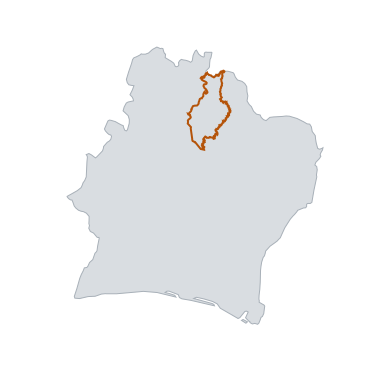 location of Poro, Savanes, Ivory Coast, rotated 19°
{"feature_id": "98640826B2900878653745", "entity_name": "Poro", "entity_type": "district", "adm_level": 2, "iso_a3": "CIV", "parent_name": "Ivory Coast", "parent_adm1": "Savanes", "projection": "robinson", "projection_center": [-5.804, 9.476], "detail": "fine", "context": "in_parent", "style": "outline", "palette": "amber", "viewbox_px": 384, "rotation_deg": 19, "n_neighbors": 0, "source": "geoboundaries", "source_scale": "gbopen_adm2", "svg_char_len": 9061}
<svg xmlns="http://www.w3.org/2000/svg" viewBox="0 0 384 384"><g transform="rotate(19 192 192)"><path d="M99.0,77.9L100.1,77.9L103.0,76.9L105.7,74.7L108.2,70.1L111.6,66.4L115.4,66.7L116.5,66.0L117.8,65.9L119.4,68.3L121.0,70.1L122.1,70.2L122.9,73.7L129.9,75.2L132.8,76.1L135.3,78.7L136.2,78.7L137.2,78.2L138.0,77.3L138.2,76.3L137.1,74.0L137.6,71.9L138.7,70.1L140.5,70.0L143.2,69.5L146.3,69.4L148.5,69.8L149.5,67.9L148.6,62.7L148.8,59.8L149.2,57.4L150.0,56.4L153.5,59.5L156.6,60.6L158.8,60.7L159.5,60.1L158.5,56.8L158.8,55.8L159.6,55.2L161.1,54.9L165.1,53.5L165.5,53.8L166.2,59.0L165.9,60.7L166.7,64.3L167.7,67.6L167.7,68.9L166.8,71.0L165.8,72.8L165.9,73.6L167.5,74.9L170.6,76.2L173.7,76.5L175.5,74.6L177.3,73.0L178.6,71.6L179.0,69.5L181.0,68.0L186.7,66.1L192.0,65.8L193.2,66.5L195.6,69.3L198.6,71.3L203.2,71.1L206.5,72.2L209.4,74.5L211.4,79.4L213.5,82.9L214.4,88.0L217.7,90.7L220.3,91.9L223.9,95.6L227.6,97.4L231.4,97.0L233.1,98.9L236.0,100.3L238.8,100.4L241.3,96.1L244.6,94.5L252.9,91.1L256.2,89.5L259.5,88.6L267.5,88.3L274.9,89.3L278.6,90.1L281.2,89.5L283.6,91.5L286.0,95.7L288.1,97.1L290.2,98.6L291.7,101.9L293.5,105.2L294.5,106.7L296.7,109.9L298.7,110.0L300.5,108.6L301.4,107.5L301.7,109.7L301.0,113.2L301.1,115.3L302.2,116.2L301.6,118.9L299.4,123.7L299.4,126.5L301.6,127.3L303.2,130.3L304.1,135.4L305.1,137.1L305.2,138.2L306.7,150.5L308.7,162.8L307.5,164.4L305.8,164.9L304.7,165.5L304.4,166.6L305.1,168.3L304.6,169.9L302.5,170.9L297.9,174.9L297.6,176.4L296.3,179.8L295.3,181.8L293.8,185.6L291.4,195.6L290.6,203.9L290.4,206.5L289.5,208.3L288.4,210.8L283.4,217.9L280.9,223.8L281.2,226.3L281.3,228.8L280.6,230.6L280.7,235.6L281.4,239.7L282.3,243.7L285.9,255.1L287.8,262.0L289.0,267.6L290.1,271.4L291.0,272.9L291.4,274.4L296.8,275.4L297.9,276.2L299.4,283.5L299.1,286.8L298.1,288.0L298.1,290.8L297.9,294.3L297.1,295.7L294.1,295.8L292.0,297.1L289.3,296.6L289.0,295.8L287.6,295.5L283.6,293.5L284.2,287.2L282.3,286.9L280.9,287.7L278.1,295.3L276.7,296.6L256.6,292.7L252.3,289.6L247.1,288.8L238.0,289.2L230.5,290.1L228.3,292.1L247.3,290.9L249.3,291.2L250.3,292.3L226.3,294.8L217.2,296.3L214.5,295.9L212.4,293.5L202.5,293.2L200.5,294.0L199.3,295.8L203.2,295.4L209.3,295.3L211.0,296.6L191.7,298.4L178.3,301.8L172.6,304.4L154.0,312.7L142.6,316.6L139.6,318.0L134.4,322.1L127.8,324.7L120.3,329.4L115.8,330.5L114.7,329.0L114.6,320.9L114.0,310.1L114.2,305.9L114.8,302.0L114.9,298.8L117.1,297.6L117.7,296.2L118.1,292.0L120.2,288.2L120.2,281.5L120.9,280.1L121.3,278.4L120.4,274.0L119.3,265.7L118.7,265.2L118.2,265.6L117.0,265.7L112.3,262.9L108.7,262.4L106.2,259.9L106.0,257.1L104.8,255.5L103.9,252.3L102.7,248.6L99.1,246.4L95.7,245.9L93.4,246.3L90.6,246.2L87.4,245.0L85.2,243.6L83.1,240.9L81.2,238.7L79.6,239.0L77.7,238.5L75.9,237.5L75.3,236.8L83.0,228.2L85.7,224.0L86.0,221.4L86.0,218.8L86.8,216.2L87.1,212.2L82.8,197.5L81.7,192.9L80.6,191.6L79.8,191.1L82.0,189.2L85.0,189.7L89.6,191.2L90.6,189.7L94.0,182.3L94.0,179.6L93.6,177.7L95.7,172.6L97.3,170.6L98.1,168.5L97.8,165.6L96.6,164.5L95.0,164.7L93.1,164.0L90.2,162.4L88.7,160.9L89.2,154.2L89.4,152.1L90.5,150.9L92.1,150.6L96.6,150.4L100.3,151.1L103.5,151.6L105.3,151.6L106.6,153.6L108.5,155.6L110.1,155.6L110.7,154.1L110.3,147.5L109.2,144.0L106.8,140.6L100.4,137.7L100.2,133.7L100.9,129.3L102.3,127.7L107.0,124.9L106.2,123.4L104.7,121.8L101.7,120.2L102.4,115.0L102.5,110.4L100.0,110.9L97.4,111.2L95.2,109.7L93.3,106.9L93.0,99.1L93.0,90.1L92.7,86.1L93.4,84.0L95.6,82.1L98.1,79.5L99.0,77.9ZM286.7,296.7L285.7,298.5L280.6,297.3L281.8,295.9L286.7,296.7Z" fill="#d9dde1" stroke="#a8b0b8" stroke-width="1"/><path d="M162.7,119.3L163.1,119.8L163.3,119.9L163.7,119.7L164.4,120.1L164.4,119.9L164.7,119.9L164.8,119.8L165.1,119.8L165.4,120.4L166.2,121.3L166.5,121.7L166.5,122.2L166.2,123.0L165.1,124.7L164.8,125.7L165.5,127.2L165.7,128.7L169.9,131.0L170.1,132.3L174.9,141.7L175.2,142.5L175.8,143.4L176.1,143.6L177.5,143.7L178.3,144.1L178.7,143.8L186.2,148.5L188.8,148.2L188.5,148.0L188.4,147.9L188.6,147.6L188.9,147.5L188.4,147.1L188.7,147.0L188.4,146.4L188.5,146.0L189.0,146.3L189.1,146.1L188.9,145.7L188.9,145.4L188.3,145.2L188.1,145.3L187.8,145.0L187.4,145.4L187.3,145.8L187.1,145.9L186.7,145.2L186.2,144.7L186.4,144.5L186.4,144.4L186.1,143.9L186.0,143.4L186.8,143.4L186.8,143.0L186.7,142.6L187.0,142.5L186.9,141.9L187.1,141.8L187.1,141.5L187.2,141.3L187.2,141.1L186.8,140.8L186.3,140.8L186.2,140.4L186.8,140.2L187.5,140.2L187.2,139.7L186.5,139.4L186.7,139.0L187.0,138.8L186.9,138.7L186.6,138.6L186.1,138.2L185.9,138.6L185.5,138.5L185.4,138.4L185.5,138.1L185.8,137.3L185.8,136.8L186.1,136.4L186.3,136.3L186.3,135.7L186.4,135.3L186.5,135.2L187.1,135.3L187.3,135.6L188.0,135.6L188.4,135.7L188.5,135.9L190.3,135.3L190.5,135.0L190.7,134.3L191.0,134.1L191.4,134.1L191.7,134.3L192.0,134.1L192.4,134.2L193.5,133.9L194.1,134.1L194.6,134.1L195.1,134.7L196.1,134.0L196.1,133.8L195.7,133.4L194.9,133.2L194.4,132.5L194.4,132.3L194.7,132.3L195.3,132.8L195.6,132.9L195.8,131.9L195.6,131.7L195.1,131.6L194.9,131.4L195.1,130.9L195.2,130.1L195.2,129.7L195.4,129.7L195.9,130.3L196.3,129.8L196.3,129.5L195.9,129.1L195.6,129.2L195.6,128.9L196.0,128.7L196.5,128.8L197.3,129.3L197.3,129.2L197.3,128.8L196.6,127.5L195.9,127.0L194.6,126.6L194.2,126.1L194.0,125.6L194.4,125.2L194.4,124.5L194.6,124.5L195.2,124.7L196.0,124.1L196.0,123.8L195.7,123.1L196.6,122.2L196.2,121.7L196.9,121.1L196.9,120.9L196.5,120.4L197.0,120.4L197.0,120.2L196.3,119.9L196.5,119.6L196.9,119.9L197.2,120.0L197.6,119.8L197.6,119.5L197.9,119.3L197.9,119.0L197.9,118.8L198.1,118.6L198.0,118.4L197.8,118.4L198.4,117.4L198.6,116.9L198.4,116.5L198.9,116.2L198.5,115.5L198.4,115.3L199.0,115.5L199.3,115.3L199.4,114.9L199.8,114.6L199.5,114.2L200.1,114.0L200.1,113.9L199.7,113.6L200.0,113.5L200.1,113.2L200.5,112.9L200.6,112.5L200.3,112.3L200.2,111.7L199.9,111.4L200.5,110.8L200.3,110.6L200.6,110.2L200.5,109.5L200.7,109.3L201.2,109.4L201.5,109.2L201.3,108.3L201.1,108.2L200.9,108.2L201.5,107.6L202.0,107.6L202.1,107.3L202.0,107.1L201.7,107.0L201.0,107.5L200.5,106.4L200.5,106.2L201.3,106.5L201.6,106.1L201.7,105.1L201.5,104.8L201.9,104.3L201.5,104.1L201.9,103.7L202.0,103.5L201.7,103.3L201.5,103.0L201.7,102.5L201.3,102.3L201.0,102.5L200.8,102.2L200.9,101.8L201.1,101.9L201.1,101.6L200.7,101.7L200.5,101.1L200.8,100.7L200.2,101.3L200.1,100.4L199.8,100.2L199.6,100.6L199.2,100.5L199.3,99.7L199.0,99.3L198.6,99.2L198.5,99.4L198.2,99.4L198.4,98.6L197.5,98.4L197.3,97.9L197.2,97.7L196.4,97.8L196.3,97.4L196.1,97.3L195.3,97.4L195.4,96.9L196.0,96.9L196.1,96.7L195.8,96.5L195.7,96.8L195.4,96.6L195.5,96.2L195.3,95.6L194.8,96.0L194.6,96.0L194.2,96.3L194.0,96.2L193.7,96.1L193.5,96.5L193.2,96.4L193.4,96.3L193.4,96.1L192.8,96.5L192.5,96.4L192.3,96.6L191.9,96.4L191.8,96.5L192.1,96.6L192.2,97.1L191.8,96.9L191.6,96.5L191.6,96.3L191.8,96.1L191.3,96.3L191.3,96.7L190.9,96.4L190.6,96.4L190.2,96.1L189.8,96.4L189.6,95.6L189.3,95.5L189.1,95.7L188.8,95.5L188.9,95.1L188.7,95.1L188.3,94.9L188.6,94.4L188.8,94.3L189.0,94.0L189.2,93.3L189.1,93.0L189.3,92.8L189.2,92.7L188.6,92.5L187.9,92.0L187.7,91.1L187.3,91.0L187.0,90.7L187.0,90.4L187.3,89.9L187.2,89.5L186.5,89.2L186.1,88.7L186.0,88.2L185.9,88.1L186.0,88.0L185.9,87.7L185.9,86.9L185.7,86.6L185.6,86.1L185.3,85.0L185.6,84.2L185.5,83.9L185.5,83.6L185.3,83.4L185.2,82.6L185.6,82.1L185.7,81.7L185.5,81.1L185.2,80.8L185.0,80.3L185.2,79.6L185.0,79.2L184.2,78.4L183.9,77.8L183.6,77.5L183.3,76.5L182.7,75.9L183.4,74.9L183.4,74.2L183.0,73.8L183.2,72.6L183.1,72.2L182.4,71.5L182.4,71.0L182.2,70.7L182.2,70.3L181.7,69.6L181.8,69.3L181.6,69.2L181.8,68.9L182.3,68.8L183.2,68.4L183.4,67.8L183.4,67.4L182.6,67.1L182.4,67.0L181.9,67.3L181.8,67.9L181.6,68.1L180.7,68.7L180.3,68.5L180.1,68.8L179.8,70.5L179.9,71.2L179.2,72.0L179.6,72.7L179.4,73.5L178.8,73.7L178.0,73.0L177.7,73.0L176.7,73.3L176.9,74.2L176.4,75.0L175.8,75.8L175.6,76.3L175.3,76.5L174.5,76.3L173.4,76.2L172.9,76.0L172.3,75.6L171.9,75.7L170.1,75.6L169.8,75.8L169.4,75.5L168.2,75.0L167.7,74.7L167.5,74.4L167.3,74.8L167.3,75.2L167.2,75.2L166.9,74.9L166.6,75.1L166.4,75.9L167.1,76.4L166.9,76.7L167.0,76.9L166.8,77.1L166.1,77.6L165.8,78.1L165.8,78.3L166.0,78.5L166.3,78.4L166.4,78.5L166.4,79.7L166.3,79.9L166.1,80.0L165.8,79.8L165.9,79.4L165.8,78.9L165.5,78.7L165.4,78.9L164.9,79.3L164.8,79.7L164.4,79.8L164.5,80.0L164.9,79.8L165.2,79.8L165.0,80.5L164.9,81.4L164.7,81.4L164.2,81.1L163.9,80.5L164.0,80.2L163.9,80.2L163.8,80.8L163.6,81.0L163.3,80.9L163.2,81.1L163.2,81.3L163.7,81.2L163.9,81.3L164.3,82.1L164.6,82.3L164.5,82.5L164.8,82.7L166.5,83.1L169.3,83.4L170.3,83.9L170.4,84.2L170.4,85.0L169.7,85.7L168.6,86.1L168.4,86.3L168.2,87.2L168.4,88.1L169.1,88.8L169.4,89.0L170.0,89.7L171.6,90.2L172.1,90.8L172.9,91.1L173.6,92.3L174.1,92.5L174.2,93.0L173.8,93.8L173.2,94.5L172.3,94.1L171.4,92.9L171.1,93.5L170.9,94.7L170.9,95.9L171.5,97.8L171.1,98.7L170.8,100.2L170.3,100.2L169.1,101.5L169.1,102.3L169.2,103.6L169.1,104.9L169.3,105.5L169.3,106.0L169.5,106.3L169.3,107.2L168.6,108.6L166.2,109.6L164.9,110.6L164.8,111.3L164.8,112.3L164.5,113.0L164.8,113.8L164.4,114.2L164.8,114.9L164.8,115.6L164.4,116.8L163.9,117.6L163.8,118.3L163.3,118.8L163.1,119.3L162.7,119.3Z" fill="none" stroke="#b45309" stroke-width="2"/></g></svg>